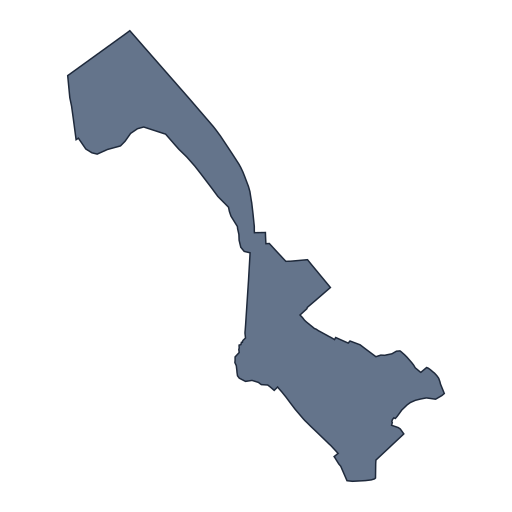 the district of Cernica, Ilfov, Romania
{"feature_id": "2599482B98677359077398", "entity_name": "Cernica", "entity_type": "district", "adm_level": 2, "iso_a3": "ROU", "parent_name": "Romania", "parent_adm1": "Ilfov", "projection": "mercator", "projection_center": [26.279, 44.424], "detail": "fine", "context": "isolated", "style": "filled", "palette": "slate", "viewbox_px": 512, "rotation_deg": 0, "n_neighbors": 0, "source": "geoboundaries", "source_scale": "gbopen_adm2", "svg_char_len": 2732}
<svg xmlns="http://www.w3.org/2000/svg" viewBox="0 0 512 512"><path d="M444.3,393.5L443.7,392.0L440.5,384.1L439.9,381.7L438.7,378.3L437.0,375.9L435.6,374.3L434.8,373.5L434.6,373.2L434.2,372.9L433.2,372.1L430.5,369.8L428.3,368.2L426.6,367.5L421.5,371.8L420.8,372.4L420.6,372.3L415.2,367.8L413.7,365.2L411.7,362.6L408.9,359.4L407.0,357.2L405.3,355.5L404.5,354.7L403.1,353.5L402.2,352.7L401.2,351.8L400.0,350.9L396.4,351.2L391.9,353.8L386.9,354.8L384.8,355.3L380.8,355.1L375.9,356.7L370.7,352.8L365.2,348.7L360.1,344.8L350.0,341.0L348.2,343.1L335.7,337.5L334.5,339.6L331.9,338.0L330.1,337.0L329.4,336.7L319.4,331.2L318.4,330.7L316.2,329.2L314.4,328.5L306.3,321.9L304.4,320.1L302.5,317.6L300.0,315.0L306.9,308.7L307.3,307.4L316.9,299.2L330.4,287.5L325.2,281.2L311.7,264.9L307.5,259.7L290.7,261.2L285.8,261.3L282.7,258.0L275.0,249.7L269.3,243.5L265.9,243.7L265.6,237.8L265.5,235.4L265.4,232.5L254.4,232.7L254.3,230.6L254.3,226.4L254.1,224.6L253.0,213.8L251.7,202.7L251.3,200.5L251.1,199.3L249.9,191.6L248.5,186.6L246.8,182.1L244.6,176.3L242.9,172.0L241.0,168.0L240.4,166.8L240.1,166.3L239.7,165.6L239.2,164.6L232.1,153.6L226.6,145.3L220.5,136.1L215.7,129.6L213.1,126.3L211.8,124.8L189.0,98.3L143.7,46.6L136.9,38.8L129.8,30.7L127.0,32.8L67.7,75.6L69.8,97.6L71.6,106.3L73.3,118.6L76.1,139.7L78.4,138.2L85.8,149.0L91.9,152.8L97.2,154.1L107.4,149.5L120.5,145.9L125.1,141.2L130.6,133.4L137.5,128.7L143.7,127.0L163.9,133.6L165.6,134.1L175.0,144.9L178.8,149.2L186.7,156.9L194.9,166.2L200.9,173.9L211.7,188.1L215.4,193.1L217.9,196.5L228.5,207.2L229.4,211.5L231.0,216.2L237.4,226.5L237.6,228.6L238.9,234.5L239.1,240.2L240.8,247.3L244.2,251.4L250.1,252.8L248.5,280.5L245.6,324.8L245.2,330.1L245.1,331.1L245.0,332.3L245.0,333.4L245.5,338.0L243.1,340.3L242.5,341.4L242.4,342.3L241.4,342.4L240.9,344.6L239.1,345.1L239.1,346.9L239.2,347.9L238.8,349.5L239.2,352.5L235.1,356.9L235.1,358.8L235.1,360.2L234.9,362.6L236.3,365.7L236.6,368.3L236.9,370.8L237.0,372.3L237.5,375.8L239.3,378.2L239.7,378.4L245.5,381.4L252.0,380.4L258.4,382.4L261.3,384.6L267.7,385.0L270.3,387.0L274.2,390.4L275.0,389.6L277.6,387.0L278.4,388.0L281.8,391.9L286.0,397.1L290.3,402.9L295.0,409.1L295.5,409.7L303.0,418.5L304.8,420.5L307.2,422.8L310.7,426.3L317.2,432.5L329.2,444.1L330.0,444.8L330.7,445.4L331.7,446.5L338.1,453.4L334.1,456.6L334.9,457.7L336.5,460.3L338.8,464.0L340.7,466.2L347.0,480.7L352.5,481.3L365.4,480.6L371.2,479.9L374.5,478.9L375.5,478.0L375.7,463.8L375.9,460.1L403.8,433.9L400.3,429.0L398.3,427.6L396.3,426.9L391.6,425.3L392.3,422.4L391.8,421.7L392.4,419.6L393.9,417.8L395.3,418.5L397.3,416.2L401.8,410.0L407.2,404.8L410.4,402.5L415.4,400.3L420.6,399.0L426.4,397.9L435.6,399.2L441.8,395.6L444.3,393.5Z" fill="#64748b" stroke="#1e293b" stroke-width="1.5"/></svg>